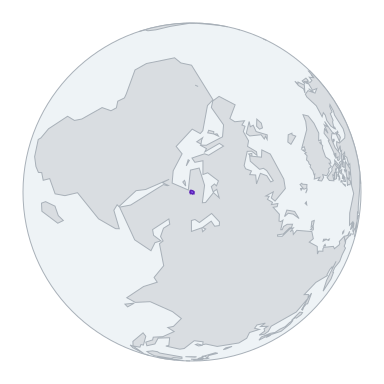 globe centered on K. Maras, rotated 93°
{"feature_id": "TUR-2283", "entity_name": "K. Maras", "entity_type": "Province", "adm_level": 1, "iso_a3": "TUR", "parent_name": "Turkey", "parent_adm1": "", "projection": "orthographic", "projection_center": [36.909, 37.929], "detail": "fine", "context": "on_globe", "style": "filled", "palette": "violet", "viewbox_px": 384, "rotation_deg": 93, "n_neighbors": 0, "source": "natural_earth", "source_scale": "10m", "svg_char_len": 10858}
<svg xmlns="http://www.w3.org/2000/svg" viewBox="0 0 384 384"><g transform="rotate(93 192 192)"><circle cx="192" cy="192" r="169" fill="#eef3f6" stroke="#a8b0b8"/><path d="M163.6,25.4L178.0,24.7L197.8,25.2L205.0,24.9L202.6,25.7L217.0,25.5L228.4,27.5L214.9,25.6L213.0,25.8L220.4,27.1L220.1,27.6L223.5,28.7L222.5,29.4L214.7,28.7L213.9,29.3L219.1,30.2L221.4,31.8L213.8,30.3L217.0,33.0L204.6,33.4L185.0,30.5L177.4,32.9L155.5,35.9L156.8,36.9L149.3,39.2L148.0,41.3L144.3,41.7L146.5,43.1L150.2,42.4L152.4,42.9L152.0,44.2L147.1,44.7L146.6,44.2L145.0,45.0L142.8,44.8L143.7,45.7L137.9,46.5L142.9,47.7L137.8,50.0L134.1,50.1L135.4,47.4L130.1,42.3L126.8,42.3L120.9,44.4L107.7,53.7L103.7,55.0L97.5,58.8L99.3,59.0L104.7,56.3L106.5,58.0L113.0,54.9L114.6,55.3L120.9,53.6L118.9,56.8L113.6,61.1L108.3,62.9L105.9,65.0L110.1,66.0L99.4,72.4L91.1,82.3L88.4,83.9L84.7,81.5L86.8,74.3L82.1,72.8L84.1,77.0L77.4,81.6L75.9,83.9L75.7,85.7L77.8,85.4L75.3,87.8L72.3,84.2L74.5,81.9L75.5,82.9L76.4,79.8L74.4,78.1L71.2,80.9L71.5,76.6L69.2,78.8L68.0,79.3L71.6,76.1L65.1,82.0L65.0,80.6L64.7,80.9L73.5,71.6L83.0,62.9L93.1,55.0L103.8,47.9L115.0,41.6L126.7,36.2L138.7,31.7L151.0,28.1L163.6,25.4ZM25.2,165.2L24.4,170.8L23.6,185.4L23.4,193.6L23.2,195.8L23.6,200.6L23.6,203.0L27.7,222.2L31.9,236.4L33.3,244.5L32.6,247.3L34.6,253.5L30.4,241.4L27.1,229.0L24.8,216.4L23.4,203.6L23.0,190.8L23.6,177.9L25.2,165.2ZM174.9,24.0L172.5,24.3L170.6,24.4L172.6,24.2L174.9,24.0ZM210.2,24.9L206.2,24.5L210.2,24.8L210.2,24.9ZM224.2,28.7L225.4,28.8L226.6,29.3L224.2,28.7ZM121.5,52.0L121.2,52.8L120.2,52.7L121.5,52.0ZM124.6,50.6L123.6,49.9L125.0,49.2L125.5,49.6L124.6,50.6ZM226.2,31.0L227.8,32.2L224.8,30.9L226.2,31.0ZM125.4,51.6L127.4,48.0L129.7,46.7L133.6,47.4L125.4,51.6ZM227.8,32.8L231.8,35.9L234.9,36.1L228.4,37.8L227.2,34.3L223.0,32.5L226.5,33.2L227.8,32.8ZM151.5,41.7L147.6,42.4L151.2,40.7L151.5,41.7ZM153.3,40.4L161.3,35.0L166.8,34.7L163.0,36.5L170.5,35.5L169.3,38.0L164.9,39.1L161.6,38.7L163.6,40.0L153.3,40.4ZM224.2,38.4L224.0,39.3L222.7,38.3L224.2,38.4ZM153.5,43.0L154.6,41.7L159.5,41.4L158.2,43.8L157.0,43.1L153.5,43.0ZM173.1,34.1L176.5,34.5L176.4,36.5L177.7,37.0L169.7,38.1L173.1,34.1ZM155.7,43.8L157.4,45.0L154.7,46.4L152.8,44.1L155.7,43.8ZM161.4,40.4L163.6,40.4L161.9,41.1L161.4,40.4ZM146.1,52.6L147.4,50.9L150.0,50.5L146.1,52.6ZM158.2,45.4L159.1,44.9L160.3,44.6L160.8,45.7L158.2,45.4ZM170.3,39.6L169.5,40.4L173.5,39.2L173.6,40.9L168.3,41.4L170.6,41.9L170.7,42.5L166.3,42.3L170.3,39.6ZM164.8,46.1L158.1,47.7L155.2,50.8L152.8,51.2L157.8,46.2L164.8,46.1ZM166.1,43.9L164.8,45.3L162.4,44.9L161.8,43.6L166.1,43.9ZM175.6,42.0L176.9,39.2L178.0,39.2L175.6,42.0ZM164.5,47.1L166.1,46.7L164.5,47.3L164.5,47.1ZM172.7,43.6L173.0,42.5L174.3,42.6L172.7,43.6ZM169.2,46.9L167.0,47.4L166.5,46.5L169.2,46.9ZM171.2,45.4L172.9,45.8L167.7,45.9L171.1,45.0L171.2,45.4ZM173.9,43.8L174.7,43.5L173.6,44.2L173.9,43.8ZM172.1,50.3L165.7,50.6L164.7,48.6L171.1,48.4L172.1,50.3ZM66.1,244.2L58.9,216.4L63.7,209.9L65.4,199.1L98.8,175.9L104.9,181.1L130.2,184.4L133.2,186.8L129.2,195.1L147.3,210.2L154.4,203.9L171.8,211.9L184.1,212.3L190.2,195.8L170.2,194.7L167.7,186.1L184.6,179.8L202.2,181.1L201.8,177.9L191.5,170.5L196.4,164.5L188.0,167.4L190.8,170.9L185.6,173.0L182.8,170.0L184.6,167.9L179.5,166.2L172.0,177.3L174.0,182.0L160.2,182.7L162.2,190.7L158.1,193.8L153.2,181.5L154.4,177.3L144.5,162.9L142.0,167.2L151.2,181.3L147.9,179.8L144.7,186.5L144.6,180.2L135.3,164.4L123.3,164.0L106.6,177.1L100.0,176.0L95.1,170.0L102.7,153.5L116.7,158.0L119.6,152.9L118.1,143.3L122.5,145.6L123.6,142.5L129.0,143.9L137.9,138.2L143.6,138.9L148.4,129.7L152.0,129.0L148.1,134.5L148.5,139.0L162.9,141.3L166.0,139.7L167.9,133.7L171.6,135.3L171.7,129.3L180.6,128.0L169.8,124.7L171.8,118.2L177.8,113.9L176.5,111.4L166.7,118.5L164.6,121.9L165.8,125.7L158.2,135.4L153.0,136.3L153.6,124.4L146.3,124.5L150.0,115.8L174.3,101.0L183.7,99.0L196.7,108.6L193.8,112.5L187.6,110.8L192.1,118.1L192.3,114.7L195.4,116.3L198.1,111.1L200.4,112.0L199.0,105.6L202.2,106.2L203.0,110.2L209.6,103.6L216.5,103.6L216.9,101.7L215.3,99.7L225.0,101.4L224.9,99.9L221.7,98.8L219.3,95.3L218.9,89.9L222.2,90.8L222.8,92.8L229.2,98.7L230.3,104.4L231.7,104.2L231.5,99.6L223.7,92.3L222.5,88.9L226.7,91.8L225.1,90.5L225.5,89.1L229.1,88.6L224.8,85.3L225.2,70.3L232.3,68.4L235.9,72.3L239.8,64.1L247.4,63.5L244.4,62.4L244.3,58.2L241.9,58.3L240.4,57.5L238.9,48.0L241.2,46.8L237.1,42.3L235.6,41.8L233.7,42.3L228.4,37.8L234.9,36.1L238.1,37.2L240.0,35.8L246.9,38.8L253.6,40.9L260.1,45.6L264.7,47.2L264.9,46.5L271.5,48.6L284.2,55.9L273.0,52.9L253.7,44.5L261.5,48.0L259.5,48.3L262.1,50.3L267.6,52.9L268.4,52.5L275.8,63.6L288.6,74.6L288.3,70.3L292.2,70.7L306.4,81.6L321.9,105.9L327.2,108.5L330.2,112.2L331.4,117.4L327.1,112.1L324.8,112.9L322.2,109.4L322.8,116.6L319.1,111.9L321.4,120.2L324.8,122.4L325.7,117.5L329.3,127.2L335.2,129.7L340.3,137.3L344.9,158.7L343.1,170.2L343.9,173.3L341.0,173.1L340.4,182.0L348.7,191.6L349.6,196.0L347.2,210.1L346.5,207.1L338.7,206.7L339.7,218.2L345.7,221.1L347.9,229.0L344.3,230.3L341.8,223.6L339.0,223.1L338.0,213.6L332.3,202.5L328.6,209.1L327.2,203.5L318.9,196.0L312.5,205.2L303.7,228.0L305.2,242.8L301.0,251.6L288.9,235.4L283.9,222.0L279.3,225.4L267.1,216.4L245.3,221.8L242.4,218.3L238.2,221.1L229.7,218.6L225.4,212.5L220.1,213.7L231.6,229.4L237.3,228.1L242.4,220.5L244.5,226.3L252.8,229.9L242.8,246.7L210.9,263.5L208.2,252.5L186.1,220.9L187.0,217.1L186.9,216.7L186.7,215.9L184.2,222.0L180.5,215.5L191.9,238.4L193.6,247.9L210.4,264.2L208.7,266.1L214.3,269.1L232.5,262.7L232.6,266.4L223.7,283.9L198.7,306.3L202.3,318.7L201.0,328.6L186.1,334.8L188.1,341.2L180.5,343.1L180.5,346.4L174.7,349.2L164.9,351.0L147.6,348.3L145.9,345.7L136.4,338.6L122.9,320.2L126.7,313.1L124.9,305.9L112.4,286.2L115.1,277.2L111.9,271.9L105.2,270.9L101.6,264.4L97.6,262.8L73.1,255.3L66.1,244.2ZM86.3,191.4L85.1,194.5L86.3,191.4ZM220.5,191.1L231.4,190.5L227.2,180.3L231.1,179.3L228.2,176.4L226.9,179.6L220.1,171.3L225.0,167.6L224.1,163.0L220.4,163.0L212.4,171.3L222.1,183.0L219.3,187.6L220.5,191.1ZM27.6,152.8L27.2,154.7L27.3,154.4L27.6,152.8ZM36.6,125.8L35.3,129.0L36.1,126.9L36.6,125.8ZM77.6,81.8L77.8,82.1L77.0,84.3L76.3,83.9L77.6,81.8ZM80.1,91.3L76.0,95.1L78.4,91.9L76.6,91.9L79.4,85.4L87.2,84.4L83.2,85.9L80.1,91.3ZM85.3,77.1L82.7,81.0L85.3,76.8L85.3,77.1ZM124.3,125.0L125.7,127.8L123.0,130.9L115.8,131.1L119.6,126.4L124.3,125.0ZM128.3,131.1L131.0,119.9L135.6,119.7L132.5,121.6L135.3,122.6L131.2,126.0L133.0,137.3L130.7,140.9L118.6,138.6L123.8,137.2L122.1,134.4L128.3,131.1ZM129.6,95.1L130.8,91.3L139.2,95.7L137.1,98.9L129.8,98.9L128.0,95.3L129.6,95.1ZM132.0,53.9L131.9,52.9L133.2,52.6L134.4,53.3L132.0,53.9ZM146.5,51.8L133.7,58.6L133.0,57.6L126.4,63.2L121.9,63.0L126.3,59.2L117.9,63.5L120.0,60.1L114.6,63.3L124.9,55.1L126.5,52.5L126.4,55.4L130.5,55.6L132.8,55.0L140.4,51.3L145.9,46.2L150.9,46.0L152.9,47.2L152.4,48.4L149.3,48.0L150.7,49.9L145.9,50.4L146.5,51.8ZM173.9,66.8L170.6,65.1L172.7,70.6L167.8,70.3L168.4,71.0L164.5,72.4L160.7,75.4L158.7,74.9L158.1,76.3L155.5,77.4L154.0,79.3L149.8,79.0L147.6,81.4L146.8,80.0L144.2,84.1L144.3,81.0L140.9,82.4L142.6,84.7L123.7,80.7L115.7,82.1L109.0,85.2L110.0,79.9L117.0,73.8L126.5,68.5L134.1,68.2L133.2,66.1L136.5,65.4L135.8,67.3L138.9,63.9L141.5,64.0L149.9,60.5L152.8,56.0L155.9,54.8L156.1,56.6L159.2,54.2L161.7,56.8L164.0,56.1L168.8,58.2L167.8,62.4L170.5,61.3L174.2,63.1L173.9,66.8ZM173.4,50.9L173.3,55.5L170.6,57.8L163.4,53.3L160.9,53.6L156.2,51.1L160.2,48.0L161.2,48.9L163.0,49.2L161.0,50.0L164.1,49.5L165.5,50.9L168.2,50.9L167.5,52.3L173.4,50.9ZM137.2,184.2L139.6,185.1L143.6,185.5L141.6,189.9L137.2,184.2ZM130.6,173.4L132.9,173.4L132.1,179.4L129.5,178.6L130.6,173.4ZM134.9,168.4L133.1,172.9L132.6,170.0L134.9,168.4ZM150.3,134.3L152.9,134.0L152.9,135.5L151.1,137.4L150.3,134.3ZM178.9,84.5L177.5,82.8L178.4,82.2L178.5,77.6L182.1,77.6L183.4,80.4L178.9,84.5ZM186.4,198.6L182.5,201.7L180.8,200.1L182.5,199.3L186.4,198.6ZM160.6,196.3L166.2,199.1L160.0,197.5L160.6,196.3ZM182.9,83.8L182.5,81.8L184.5,83.1L182.9,83.8ZM184.7,77.4L187.2,78.4L182.5,77.1L184.7,77.4ZM230.2,324.4L219.1,340.9L211.0,341.7L209.3,337.7L213.3,328.1L222.6,324.3L227.2,319.0L230.2,324.4ZM357.1,228.0L357.0,228.3L357.1,227.9L357.1,228.0ZM356.7,229.1L357.5,226.1L356.2,231.0L356.7,229.1ZM357.7,224.8L357.8,224.8L357.7,224.8ZM356.0,231.4L350.6,242.9L348.0,245.8L349.1,242.5L353.3,235.7L356.0,231.4ZM348.8,242.8L344.3,243.2L335.2,233.5L338.5,230.6L347.4,232.5L347.0,235.0L349.7,235.9L348.8,242.8ZM358.2,214.1L357.6,220.7L355.0,226.6L353.6,228.6L352.7,223.1L353.3,218.1L354.5,215.9L357.3,193.4L358.7,193.3L358.3,201.8L359.3,204.2L358.2,214.1ZM306.0,243.8L310.1,250.3L307.5,253.1L306.0,243.8ZM356.8,180.4L356.8,190.0L356.3,178.8L356.8,180.4ZM355.5,171.1L356.3,173.8L355.2,172.5L355.5,171.1ZM345.4,177.4L344.2,180.5L343.4,178.5L344.5,173.3L345.4,177.4ZM344.1,143.9L347.0,149.9L347.8,152.5L345.8,150.0L344.1,143.9ZM212.9,83.7L208.8,89.8L208.2,94.8L211.7,98.3L205.1,96.3L206.0,88.5L212.9,83.7ZM223.4,71.7L220.3,69.1L222.8,68.8L223.8,69.3L223.4,71.7ZM220.8,71.2L215.0,70.8L214.0,68.4L218.8,69.1L220.8,71.2ZM198.9,76.7L197.4,78.5L195.8,77.3L198.9,76.7ZM359.7,212.7L359.9,208.8L359.1,216.5L358.8,218.1L359.1,213.2L359.7,204.4L360.0,199.8L360.8,191.7L359.8,203.6L360.0,206.1L360.6,199.9L360.1,206.2L360.0,209.6L359.9,210.8L359.7,212.7ZM360.9,189.2L360.9,188.8L360.8,185.1L360.8,185.5L360.9,189.2ZM360.1,181.8L359.1,179.8L359.0,184.3L358.5,172.1L359.6,176.0L360.1,181.8ZM358.0,173.4L358.0,177.6L357.5,171.1L358.0,173.4ZM357.6,176.6L356.7,173.4L357.2,172.0L357.6,176.6ZM358.2,172.3L356.9,166.0L357.8,168.5L358.2,172.3ZM354.4,166.7L356.7,168.1L355.1,171.1L351.3,160.3L351.7,157.8L354.4,166.7ZM333.4,110.7L331.2,108.3L330.6,105.6L332.2,108.0L333.4,110.7ZM326.4,95.7L329.7,104.2L331.9,111.6L332.9,111.4L336.5,117.4L333.1,115.1L329.0,106.3L327.9,101.7L324.4,97.1L321.6,91.9L317.1,87.6L314.8,84.4L318.5,87.0L326.4,95.7ZM315.1,86.0L306.3,78.0L306.6,75.3L308.6,76.5L312.5,81.2L312.1,82.3L315.1,86.0ZM304.2,75.4L303.7,76.4L289.6,69.3L286.7,67.3L297.6,70.7L297.8,72.0L301.2,74.4L304.2,75.4ZM225.8,39.5L224.2,39.3L225.3,38.9L225.8,39.5ZM239.1,57.6L237.3,56.4L238.7,55.8L239.1,57.6ZM233.2,52.9L232.8,54.4L231.8,52.4L233.2,52.9ZM232.3,58.1L232.0,54.9L234.3,58.5L232.3,58.1Z" fill="#d9dde1" stroke="#a8b0b8" stroke-width="1"/><path d="M191.1,190.8L191.2,190.7L191.4,190.4L191.5,190.3L191.5,190.2L191.9,189.9L192.2,190.0L192.3,190.0L192.9,190.0L192.7,190.2L192.8,190.4L193.3,190.5L193.6,190.6L193.9,190.8L194.0,191.0L193.9,191.4L193.9,191.5L193.7,191.7L193.6,192.1L193.5,192.3L193.4,192.5L193.2,192.7L193.2,192.9L193.3,193.0L193.7,193.2L193.7,193.3L193.7,193.5L193.4,193.6L193.0,193.7L192.7,193.8L192.3,194.1L192.1,194.0L192.1,193.7L191.8,193.8L191.6,193.9L191.3,193.7L191.2,193.6L190.9,193.6L190.7,193.7L190.5,193.4L190.4,193.3L190.4,193.2L190.5,193.1L190.5,192.8L190.6,192.7L190.7,192.3L190.6,192.1L190.7,191.9L190.7,191.7L190.9,191.1L191.1,190.8Z" fill="#8b5cf6" stroke="#5b21b6" stroke-width="1.5"/></g></svg>